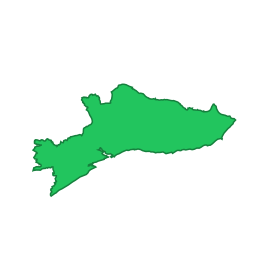 Dundalk-Carlingford Lea-6, Louth, Ireland (Equal Earth projection), rotated 340°
{"feature_id": "5873133B30233967473277", "entity_name": "Dundalk-Carlingford Lea-6", "entity_type": "district", "adm_level": 2, "iso_a3": "IRL", "parent_name": "Ireland", "parent_adm1": "Louth", "projection": "equal_earth", "projection_center": [-6.343, 54.045], "detail": "fine", "context": "isolated", "style": "filled", "palette": "green", "viewbox_px": 256, "rotation_deg": 340, "n_neighbors": 0, "source": "geoboundaries", "source_scale": "gbopen_adm2", "svg_char_len": 5799}
<svg xmlns="http://www.w3.org/2000/svg" viewBox="0 0 256 256"><g transform="rotate(340 128 128)"><path d="M31.2,116.3L34.0,119.8L34.0,120.4L33.9,120.7L33.2,120.4L31.4,122.0L31.4,122.4L30.7,122.6L29.4,123.5L29.8,125.1L31.8,126.3L30.6,127.2L31.1,127.5L30.5,128.5L30.0,128.7L32.5,131.2L32.0,132.0L33.5,132.4L33.6,133.4L33.2,134.2L32.0,134.4L28.9,133.1L27.5,133.1L26.9,133.4L25.9,133.2L24.2,135.6L25.8,135.6L25.9,135.8L26.3,135.7L26.6,136.0L27.4,136.1L31.5,137.7L32.8,137.0L34.4,137.2L34.9,137.1L36.3,137.7L38.1,137.5L38.8,138.2L39.4,137.9L39.9,137.9L41.8,139.0L43.0,138.5L44.1,138.9L43.4,141.3L43.5,143.5L43.2,145.2L42.0,144.6L41.4,146.5L41.8,146.7L41.7,147.2L42.3,147.6L43.1,147.8L43.5,148.1L44.3,148.4L43.5,149.8L42.3,150.6L42.1,153.1L42.5,153.3L42.4,153.9L40.1,154.3L40.2,154.9L40.9,155.3L40.7,155.8L38.6,156.9L38.6,157.1L36.6,157.1L36.4,158.7L36.0,158.9L35.1,158.8L34.5,159.2L34.6,159.5L34.1,160.5L34.5,160.9L34.5,162.1L33.1,162.8L32.6,163.5L32.2,164.8L32.5,165.7L36.8,164.5L38.5,164.3L39.8,163.6L42.1,162.8L45.3,162.5L52.4,161.1L57.4,159.7L60.5,159.1L66.1,157.6L72.9,157.4L74.9,156.5L76.5,155.1L78.6,154.3L84.4,153.7L83.8,152.7L81.8,151.5L82.4,151.4L81.6,150.4L81.8,149.9L80.2,149.9L78.6,150.3L77.8,150.1L78.3,149.2L78.9,149.1L81.0,149.1L81.9,149.3L82.1,149.6L82.8,148.8L83.1,149.1L83.3,148.7L86.8,149.2L88.3,148.9L94.9,149.3L95.1,148.6L95.5,148.4L96.6,148.8L97.7,148.5L100.4,148.7L98.0,148.4L98.5,148.2L98.3,148.1L98.5,147.8L98.1,147.7L98.0,147.4L98.1,147.0L98.4,146.9L98.3,146.7L96.7,146.0L96.2,145.4L96.2,145.0L95.2,144.4L94.9,143.0L96.2,142.6L96.3,142.1L96.0,141.4L95.5,141.2L95.4,140.8L94.5,140.1L94.3,139.6L93.4,139.1L93.3,138.8L93.0,138.7L92.5,138.3L94.4,138.3L94.5,137.5L95.1,137.1L95.5,137.2L95.4,138.1L95.8,138.2L96.1,138.6L96.0,139.0L96.6,140.7L98.5,142.7L98.1,143.5L98.8,144.7L100.0,145.6L102.0,146.2L102.6,146.1L104.4,148.3L104.0,148.5L103.3,148.5L102.8,148.8L102.4,148.8L102.6,149.0L102.1,149.5L102.3,150.0L103.6,149.8L105.3,150.0L105.5,150.3L105.8,149.9L108.3,149.1L110.9,149.1L114.5,148.5L118.6,148.3L119.5,148.4L120.0,148.9L121.1,149.3L123.1,149.2L124.5,149.6L125.6,149.7L126.9,150.3L127.1,150.1L126.9,150.5L127.3,150.4L127.9,151.0L129.5,151.0L130.9,151.5L131.9,152.2L132.1,152.0L131.9,152.2L132.5,152.6L133.9,154.2L136.6,156.1L139.4,157.0L140.6,157.5L141.3,158.3L143.3,159.0L144.4,159.8L145.3,160.7L147.3,161.0L149.6,161.9L152.8,162.5L154.9,165.1L160.7,165.7L161.2,166.2L161.3,166.9L161.1,166.9L161.3,166.9L160.7,167.5L161.4,167.0L166.4,165.9L168.4,166.5L169.1,167.1L170.3,167.3L171.0,167.0L173.3,167.3L174.3,168.1L175.2,168.4L178.7,168.9L179.6,169.4L180.0,169.8L181.3,170.4L183.2,170.6L185.7,170.4L188.2,171.3L189.8,171.1L192.5,170.4L194.1,170.3L195.9,170.8L196.3,171.1L196.3,171.6L196.6,171.9L198.1,171.9L199.6,172.3L201.8,171.7L206.0,169.9L208.4,169.2L211.6,169.6L212.5,170.8L212.7,170.5L212.3,170.4L211.9,169.7L212.6,169.6L213.8,168.0L216.4,165.7L222.0,162.6L224.0,162.0L225.8,160.9L228.1,160.0L229.1,158.7L231.8,157.3L230.9,155.5L229.6,155.0L228.2,153.9L227.8,151.7L227.1,151.4L226.0,151.3L225.5,151.0L223.7,149.3L220.6,147.3L219.6,146.3L218.6,144.6L218.2,143.3L217.8,140.2L218.2,137.7L217.3,136.3L217.0,135.0L216.3,134.8L213.5,137.1L213.4,137.5L211.7,139.1L210.0,139.7L208.1,139.7L204.7,138.7L204.4,138.4L204.7,137.9L203.6,137.9L202.2,136.3L200.0,135.3L199.7,134.6L199.2,134.9L195.5,133.2L194.7,131.8L195.1,131.4L193.9,131.2L192.8,130.0L191.7,130.1L190.6,129.5L191.5,130.2L190.1,131.3L189.1,130.9L188.3,129.9L188.5,129.5L189.3,129.4L188.4,129.4L186.9,127.4L186.2,125.3L185.4,124.4L185.3,123.4L185.0,123.5L184.2,121.4L183.2,120.3L180.3,117.9L178.7,117.4L177.1,116.5L174.4,114.7L172.7,114.2L171.9,113.6L170.5,113.6L169.0,112.9L166.8,112.5L165.5,111.5L164.0,110.9L163.8,110.1L163.6,110.5L163.3,110.5L162.3,109.3L160.5,109.1L158.6,108.1L158.3,107.7L157.6,107.3L157.3,106.7L156.8,106.7L157.2,106.5L156.1,105.5L154.9,103.5L154.8,102.9L153.9,101.0L151.9,99.7L150.6,99.4L150.0,98.8L148.3,95.6L147.1,94.2L146.6,93.3L145.8,93.0L145.8,92.5L145.3,91.9L146.0,91.3L143.5,89.3L141.0,86.7L139.1,85.5L137.4,84.9L135.6,85.0L134.2,84.6L133.5,84.9L132.3,86.4L131.5,86.8L130.9,86.6L129.8,86.8L125.6,88.3L124.7,88.4L124.8,90.6L124.0,92.6L122.5,95.3L120.6,96.9L120.3,97.7L120.4,98.1L120.1,98.6L119.4,98.5L115.3,97.0L113.8,97.0L110.6,96.2L110.5,95.3L111.0,93.1L110.7,91.4L111.2,90.8L111.2,89.9L111.5,89.5L110.9,88.4L110.7,87.4L109.5,87.3L108.7,85.0L107.9,85.4L107.0,85.1L106.2,85.2L106.2,84.7L105.8,84.6L105.6,83.9L104.0,83.7L103.9,84.0L102.3,84.7L101.5,85.9L101.0,86.0L100.2,85.6L99.6,85.6L99.5,85.1L97.7,84.5L97.8,84.2L96.9,84.2L96.7,83.8L95.0,83.9L95.1,84.5L94.0,85.7L94.6,87.3L94.3,88.2L94.6,88.4L94.4,88.7L94.7,88.9L94.7,89.5L95.4,90.2L94.9,91.4L96.1,93.8L97.2,94.4L97.2,95.1L96.9,95.0L95.1,96.7L95.9,97.7L96.4,99.1L96.5,102.9L97.1,106.1L97.1,107.9L96.5,110.4L94.5,112.0L92.3,112.1L90.2,112.8L89.4,112.3L88.2,112.9L87.2,112.9L86.5,113.1L85.9,113.6L84.2,117.5L82.9,118.3L82.4,119.1L81.9,119.4L81.4,118.4L80.4,117.7L77.4,117.6L76.0,117.2L72.0,116.9L71.3,116.6L70.4,116.9L69.9,117.5L69.7,117.2L68.1,117.1L67.3,118.2L66.4,118.9L65.8,118.3L65.6,117.9L63.4,117.9L62.1,119.6L60.7,118.9L60.2,117.9L59.0,119.6L58.1,120.2L57.5,120.3L56.9,119.9L55.0,120.9L55.0,119.9L53.8,119.6L52.8,118.2L52.4,118.0L52.4,115.9L51.9,116.0L51.6,115.8L51.5,115.4L52.2,115.3L51.8,115.2L51.7,114.6L51.2,114.5L51.2,114.3L51.6,114.3L51.3,113.8L51.6,113.4L51.3,113.0L50.9,113.1L49.6,112.2L49.6,111.6L48.4,110.5L47.0,111.0L46.8,111.3L46.1,111.8L45.3,111.7L44.6,111.4L43.9,110.2L43.0,109.6L42.1,109.5L41.4,110.0L40.5,109.7L38.5,108.1L37.2,107.5L36.5,108.0L36.3,107.7L36.0,107.8L35.7,108.7L35.2,109.1L35.3,110.2L35.0,110.4L35.2,110.8L36.0,111.6L36.7,111.8L36.7,112.5L38.4,112.9L39.5,113.8L40.6,114.3L40.5,114.5L37.7,114.5L36.0,114.0L33.8,114.2L33.5,115.1L31.2,116.3Z" fill="#22c55e" stroke="#15803d" stroke-width="1.5"/></g></svg>